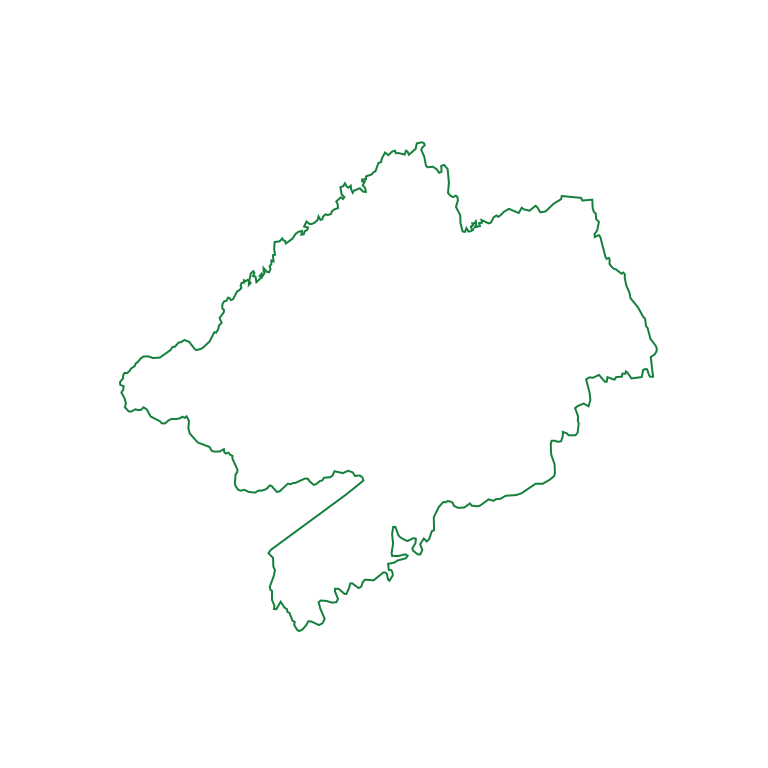 Tibagi, Paraná, Brazil (Equal Earth projection), rotated 27°
{"feature_id": "56859067B71832122633341", "entity_name": "Tibagi", "entity_type": "district", "adm_level": 2, "iso_a3": "BRA", "parent_name": "Brazil", "parent_adm1": "Paraná", "projection": "equal_earth", "projection_center": [-50.488, -24.685], "detail": "fine", "context": "isolated", "style": "outline", "palette": "green", "viewbox_px": 768, "rotation_deg": 27, "n_neighbors": 0, "source": "geoboundaries", "source_scale": "gbopen_adm2", "svg_char_len": 6167}
<svg xmlns="http://www.w3.org/2000/svg" viewBox="0 0 768 768"><g transform="rotate(27 384 384)"><path d="M524.8,448.7L529.6,439.3L534.6,438.4L536.0,435.8L539.9,433.4L543.2,428.3L552.1,423.0L555.9,419.3L564.3,404.1L570.7,400.8L575.0,394.3L577.4,388.9L576.6,385.4L572.5,378.2L565.0,370.9L563.0,367.6L559.8,361.6L559.1,358.5L562.0,357.0L565.3,356.5L567.8,354.6L567.1,349.7L565.1,345.5L569.6,345.0L571.8,345.9L577.9,342.7L578.6,339.4L575.4,330.7L573.4,328.8L571.6,324.7L565.2,318.7L566.5,315.9L570.8,310.7L576.4,311.0L575.1,304.5L571.1,298.4L562.0,288.1L564.2,284.7L567.3,283.6L571.5,278.3L579.8,281.7L581.4,280.8L580.0,276.5L587.4,275.5L587.7,272.5L592.6,269.5L591.7,266.5L594.4,265.2L593.8,263.0L595.5,263.2L602.0,266.7L610.5,260.8L608.5,253.9L609.9,252.1L611.8,251.5L616.3,255.9L618.0,256.7L620.4,255.3L609.4,238.9L611.7,234.9L612.0,231.7L611.2,228.8L608.8,226.6L600.9,222.8L593.5,214.5L591.1,213.4L587.0,207.3L584.0,206.2L575.5,200.4L564.6,195.6L561.4,191.3L555.1,186.2L550.0,179.7L548.9,177.0L546.7,176.0L545.5,177.9L538.7,176.6L536.2,177.0L532.3,175.7L530.3,174.5L528.8,170.9L527.1,169.6L525.7,171.4L523.6,170.2L510.1,154.9L507.8,153.8L505.1,157.4L503.6,155.0L504.2,150.5L501.9,142.0L498.2,140.8L495.2,135.9L493.0,135.5L490.1,132.6L485.9,125.2L477.4,130.5L475.1,128.7L457.0,135.8L457.9,138.9L453.3,146.4L449.6,156.9L445.3,160.1L440.3,156.9L438.1,156.4L435.0,163.5L429.4,164.9L426.7,164.4L426.4,170.5L415.8,171.2L412.6,176.2L411.0,181.4L409.6,183.3L407.8,182.7L406.0,185.6L406.0,191.6L404.3,193.4L396.4,193.6L398.0,195.9L395.7,197.4L397.8,199.7L393.8,203.2L394.0,200.2L391.9,197.4L391.6,200.0L389.7,200.7L391.3,202.3L390.0,204.2L391.5,205.9L393.3,206.2L392.0,208.5L390.0,209.8L386.7,207.7L387.1,211.7L384.7,212.4L378.9,205.6L375.4,199.1L367.7,193.5L366.5,186.9L364.6,184.1L362.4,183.5L360.9,186.1L357.6,186.1L354.2,184.6L350.6,175.4L343.1,163.6L338.1,161.5L336.0,163.8L338.9,168.7L337.2,170.8L333.4,168.7L329.0,168.2L324.6,171.0L322.5,170.7L316.6,163.1L310.9,158.5L310.7,156.1L311.9,152.8L310.3,151.3L308.2,151.3L304.0,154.7L305.4,160.1L302.1,168.4L299.5,166.3L297.7,166.1L298.2,170.2L291.9,171.7L289.9,173.0L287.8,171.1L285.6,173.4L284.1,178.1L279.8,177.3L279.8,184.7L280.7,187.5L278.7,189.6L279.8,198.3L278.4,200.3L278.0,202.7L273.7,207.2L275.0,209.9L271.7,211.5L272.6,213.4L274.9,212.5L274.8,216.6L278.3,218.0L280.6,221.1L278.1,222.1L273.6,220.6L269.6,225.2L269.3,227.8L266.1,225.2L264.3,222.4L263.2,225.2L260.9,224.9L258.1,222.9L257.8,226.3L255.8,228.5L260.2,234.3L263.9,235.5L263.5,237.8L260.7,237.3L258.6,243.1L260.4,244.1L263.2,248.0L260.4,251.1L259.1,254.0L259.7,256.4L257.3,258.9L254.8,259.4L253.6,262.7L254.3,265.1L252.9,266.7L249.6,264.4L250.3,268.1L249.1,271.5L246.9,274.4L244.6,275.2L241.2,274.4L241.3,280.0L245.3,279.0L245.6,281.5L244.0,284.0L244.5,286.9L242.6,288.5L241.5,284.9L238.7,287.2L237.1,290.3L236.5,296.0L232.7,303.4L230.9,301.4L229.0,301.7L227.3,300.5L226.1,304.4L222.1,307.1L224.9,313.8L228.3,318.2L226.5,319.6L229.9,325.0L227.6,325.1L229.3,328.5L228.6,330.9L230.7,333.1L230.9,336.6L228.7,337.2L224.0,335.3L225.1,337.5L227.2,339.3L226.6,344.3L224.1,351.2L220.7,346.6L218.4,347.3L218.2,344.0L216.3,342.8L215.2,345.9L217.2,353.7L215.0,353.3L214.1,355.3L212.1,355.2L213.2,357.4L211.2,358.5L211.8,361.9L213.4,363.0L212.5,366.2L211.1,368.0L211.0,376.9L209.6,378.8L208.0,377.8L205.9,377.8L205.9,381.3L204.1,382.9L203.8,385.7L204.6,388.4L206.1,390.3L207.8,390.6L208.7,392.8L207.5,399.8L211.6,403.3L210.4,406.9L211.5,410.6L211.1,414.5L209.3,414.8L209.3,425.2L206.8,432.2L205.3,435.5L201.4,439.0L199.4,438.8L191.3,434.9L186.2,435.4L183.9,439.2L182.1,440.3L180.8,445.7L178.8,446.9L178.3,450.8L172.3,462.2L166.5,465.7L161.4,466.4L157.1,468.8L155.3,472.5L155.0,475.2L153.5,478.7L153.7,481.4L151.6,485.0L151.4,487.6L150.1,491.1L147.8,491.8L147.6,494.5L148.9,497.7L147.9,502.2L149.4,504.5L153.1,504.2L154.3,507.9L153.8,510.7L159.4,514.6L162.9,518.5L163.6,522.3L168.9,524.3L171.1,523.5L174.1,519.3L176.8,519.0L179.3,517.3L180.3,514.0L184.1,514.3L190.8,518.9L201.1,518.9L203.9,519.9L206.6,518.7L208.8,513.8L210.8,511.4L214.3,509.9L217.9,507.1L219.1,504.7L221.7,504.7L222.8,502.4L227.1,505.6L229.7,512.1L233.4,516.3L244.7,520.7L257.2,519.3L260.8,521.8L263.6,521.2L268.0,518.9L270.9,514.8L272.4,517.0L274.3,517.9L276.7,515.8L278.9,516.9L281.7,516.9L282.8,519.3L292.5,527.0L293.3,529.4L292.7,531.7L296.3,540.4L298.0,542.3L302.2,544.5L304.9,544.0L307.5,541.7L312.4,541.6L318.3,539.4L320.9,535.6L323.3,534.7L326.9,531.0L328.3,526.2L330.1,525.9L337.5,528.8L339.7,527.1L343.6,516.4L346.1,515.8L348.0,513.4L349.8,512.5L356.6,504.0L359.3,503.0L361.9,504.6L367.3,505.8L369.2,503.6L370.8,499.8L372.8,497.9L373.1,494.7L378.2,491.7L379.7,489.1L379.5,484.2L387.8,482.1L391.5,477.5L396.3,477.0L399.9,479.1L403.9,476.5L407.0,476.9L409.5,479.4L400.7,499.1L358.4,583.3L357.9,587.2L364.1,589.3L368.3,596.9L371.4,599.4L372.9,604.9L374.3,616.7L376.4,619.0L378.1,619.2L382.3,627.3L387.0,631.2L388.1,634.4L390.3,633.6L390.8,624.9L396.8,628.4L399.8,628.7L401.4,630.9L403.7,630.9L409.9,636.4L412.5,636.5L413.2,639.2L414.9,640.4L417.8,642.3L420.5,642.8L422.8,639.8L424.2,634.2L424.3,629.7L427.1,628.6L435.5,628.3L437.8,625.1L437.8,620.2L429.6,613.4L424.8,608.2L425.9,605.7L430.9,603.5L437.0,602.4L440.6,600.0L440.6,596.4L434.5,591.1L433.3,588.7L436.6,587.1L444.0,588.9L445.8,588.2L445.5,581.6L444.5,577.2L446.0,576.0L454.0,577.4L455.7,574.9L455.1,570.3L455.8,567.0L463.9,563.6L469.0,552.2L470.7,551.3L472.7,551.9L476.4,556.4L478.2,556.8L478.7,550.7L477.5,548.5L475.1,546.5L472.7,547.5L469.3,542.4L474.4,538.3L476.3,535.0L482.6,529.4L483.0,526.2L480.2,526.1L474.8,530.8L469.3,533.5L467.4,531.0L464.7,522.3L459.3,514.0L457.1,507.1L459.1,506.2L465.6,512.3L468.5,513.3L474.5,513.5L476.3,513.2L480.1,508.0L482.6,507.4L484.3,511.4L483.9,517.5L485.4,519.2L491.2,520.5L493.8,519.4L493.5,514.5L489.0,510.4L489.6,503.6L493.5,504.9L494.7,501.9L493.4,493.4L495.0,491.6L488.8,480.0L488.7,468.6L490.4,462.3L492.5,461.5L493.8,459.5L495.7,458.7L499.1,458.6L501.7,460.9L506.2,460.7L511.5,457.7L514.8,451.4L517.3,452.6L522.7,450.6L524.8,448.7ZM217.2,353.7L219.3,354.6L218.6,357.0L217.2,353.7ZM226.6,344.3L224.9,341.4L224.2,344.3L226.6,344.3Z" fill="none" stroke="#15803d" stroke-width="2"/></g></svg>